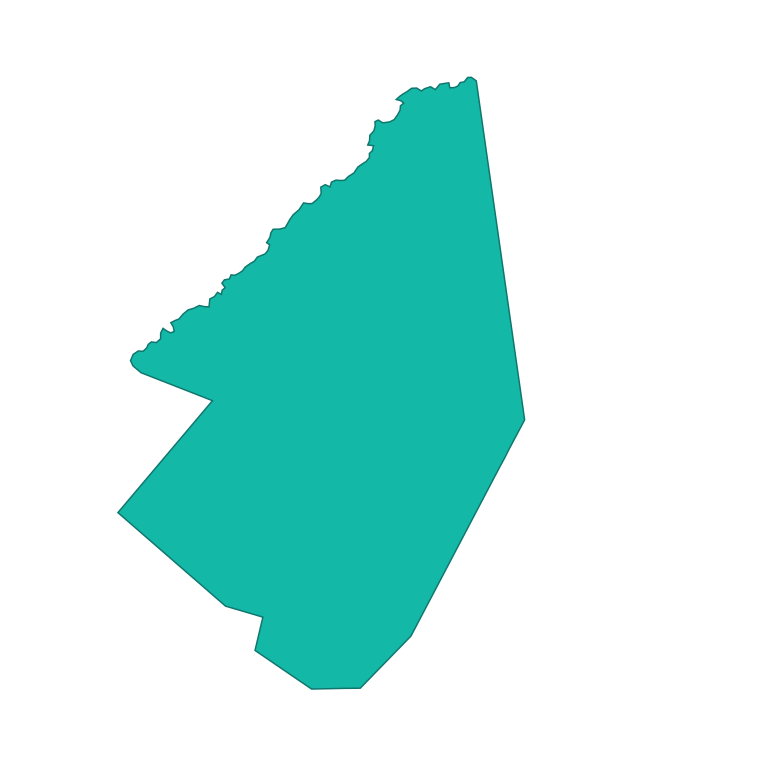 outline of Eliseu Martins, Piauí, Brazil, rotated 45°
{"feature_id": "56859067B35867854530828", "entity_name": "Eliseu Martins", "entity_type": "district", "adm_level": 2, "iso_a3": "BRA", "parent_name": "Brazil", "parent_adm1": "Piauí", "projection": "orthographic", "projection_center": [-43.764, -7.941], "detail": "fine", "context": "isolated", "style": "filled", "palette": "teal", "viewbox_px": 768, "rotation_deg": 45, "n_neighbors": 0, "source": "geoboundaries", "source_scale": "gbopen_adm2", "svg_char_len": 1718}
<svg xmlns="http://www.w3.org/2000/svg" viewBox="0 0 768 768"><g transform="rotate(45 384 384)"><path d="M201.5,436.9L202.3,442.2L200.7,447.0L205.7,453.2L202.3,456.3L197.9,459.1L195.9,465.0L193.1,470.1L192.5,476.4L193.0,483.1L191.3,487.0L189.9,491.4L194.5,492.5L198.5,495.2L196.9,498.8L192.9,500.1L188.4,500.9L190.1,506.0L194.1,510.0L193.7,515.7L189.7,518.8L189.3,522.7L190.7,526.4L190.5,531.2L186.9,534.4L185.7,540.4L188.2,546.7L193.8,548.7L204.3,547.8L274.5,517.1L286.8,663.1L429.1,653.1L463.2,634.5L481.2,663.6L525.3,655.3L534.3,653.6L548.5,650.9L571.7,626.7L582.3,615.9L581.3,543.2L524.6,361.1L521.5,350.6L518.7,342.2L508.8,309.9L234.9,104.4L228.9,105.4L226.4,108.1L227.1,113.6L224.7,117.0L225.5,121.0L224.3,124.4L221.1,128.0L216.9,125.2L213.7,129.4L211.5,132.6L212.1,139.5L206.7,140.9L203.9,146.5L203.2,150.4L197.9,151.6L194.4,155.4L193.6,160.7L192.3,165.9L191.7,169.6L191.5,174.2L195.5,171.8L199.3,171.4L198.9,175.6L201.8,179.1L203.2,183.9L204.3,189.8L202.7,194.6L198.5,200.2L193.3,201.4L192.1,204.9L195.1,207.5L197.9,212.2L198.1,218.1L201.9,222.4L203.5,226.5L208.1,222.9L210.7,227.1L210.7,231.4L213.5,234.1L214.1,239.1L213.1,243.4L212.1,248.9L213.5,256.1L212.1,262.4L212.1,267.8L208.9,271.3L205.9,273.7L204.1,278.4L206.5,282.8L201.5,284.6L200.1,289.4L205.0,293.9L206.1,298.3L206.1,302.1L205.5,307.4L202.5,310.4L199.1,312.8L200.7,320.8L200.1,328.5L201.1,334.3L203.6,343.2L200.8,348.1L196.2,353.0L197.1,357.1L199.7,361.0L201.1,367.1L204.7,366.4L207.5,371.5L207.9,376.2L204.7,383.8L205.5,388.7L204.3,393.3L203.2,399.5L203.9,404.0L203.1,408.3L201.7,412.5L198.7,415.0L200.4,419.0L197.5,423.2L198.1,427.3L203.6,428.2L203.2,432.1L205.7,435.6L201.5,436.9Z" fill="#14b8a6" stroke="#0f766e" stroke-width="1.5"/></g></svg>